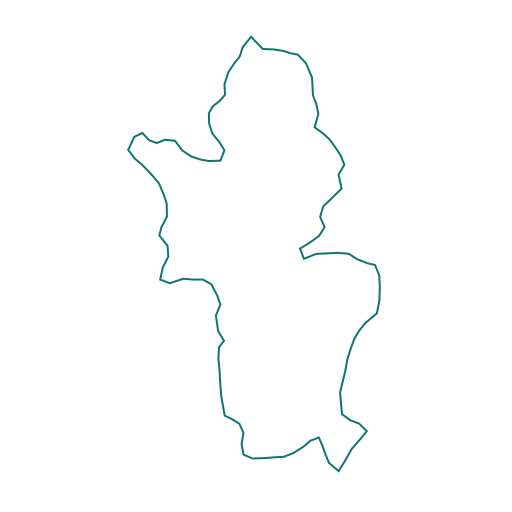 the district of Entre Folhas, Minas Gerais, Brazil, rotated 177°
{"feature_id": "56859067B8207809670025", "entity_name": "Entre Folhas", "entity_type": "district", "adm_level": 2, "iso_a3": "BRA", "parent_name": "Brazil", "parent_adm1": "Minas Gerais", "projection": "natural_earth1", "projection_center": [-42.24, -19.656], "detail": "fine", "context": "isolated", "style": "outline", "palette": "teal", "viewbox_px": 512, "rotation_deg": 177, "n_neighbors": 0, "source": "geoboundaries", "source_scale": "gbopen_adm2", "svg_char_len": 1641}
<svg xmlns="http://www.w3.org/2000/svg" viewBox="0 0 512 512"><g transform="rotate(177 256 256)"><path d="M249.5,475.2L258.3,465.3L261.9,455.8L267.5,449.7L273.8,441.3L278.5,429.4L278.5,418.6L284.0,412.9L291.1,407.9L295.6,401.1L295.9,390.9L293.2,380.6L286.8,372.0L282.0,363.2L286.5,353.1L298.0,353.3L306.0,355.1L315.5,358.8L323.8,365.0L330.9,375.3L341.0,376.8L349.2,374.0L356.5,377.1L363.1,384.8L371.2,381.4L378.1,368.7L371.8,359.4L365.5,353.7L358.0,345.2L349.2,333.9L344.6,321.2L342.4,312.8L342.9,300.0L348.9,289.7L351.5,281.7L343.8,270.8L343.6,260.0L349.7,249.4L352.9,237.5L343.6,233.3L329.9,237.1L319.8,235.7L310.3,235.3L302.0,230.0L296.9,218.8L294.1,209.4L299.2,198.5L297.7,182.9L292.4,173.0L297.7,166.9L298.9,156.1L298.4,143.5L298.4,132.1L298.0,117.6L295.6,98.2L288.8,94.5L281.4,89.4L277.7,79.9L280.2,69.2L278.9,58.3L270.1,54.0L258.3,53.7L248.0,54.0L238.8,54.0L228.8,57.3L217.8,63.6L211.4,68.7L202.7,71.4L199.5,62.7L197.0,54.2L193.9,45.6L184.8,36.8L178.0,46.5L170.5,58.3L160.9,68.2L154.6,75.3L161.7,83.2L170.4,87.0L178.4,93.6L179.2,115.2L176.0,126.1L172.9,136.5L170.1,148.1L166.8,157.2L162.2,168.0L157.4,175.4L150.6,183.1L138.3,192.4L135.1,205.0L134.0,218.2L133.9,230.0L137.6,240.8L144.7,242.8L154.9,247.4L163.3,253.4L174.9,254.9L184.8,254.9L195.9,254.9L208.2,250.7L211.7,261.1L201.4,266.6L191.9,272.9L186.0,281.3L189.9,291.6L186.3,302.0L178.0,309.1L167.0,318.9L169.3,333.0L163.0,342.5L166.1,351.8L171.6,361.2L176.7,368.9L182.5,374.8L190.7,381.4L186.3,394.7L187.9,405.0L190.7,413.4L190.7,431.2L195.8,445.5L203.5,454.8L211.0,456.7L218.1,459.4L227.7,461.4L238.4,462.4L249.5,475.2Z" fill="none" stroke="#0f766e" stroke-width="2"/></g></svg>